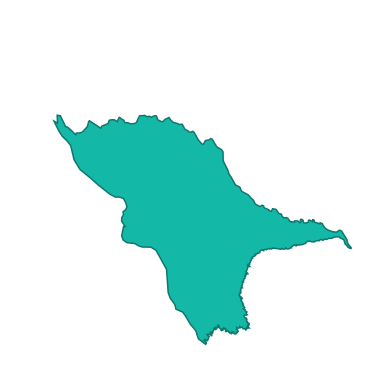 Bambouti, Haut-Mbomou, Central African Republic, rotated 320°
{"feature_id": "33826404B2470815195032", "entity_name": "Bambouti", "entity_type": "district", "adm_level": 2, "iso_a3": "CAF", "parent_name": "Central African Republic", "parent_adm1": "Haut-Mbomou", "projection": "equal_earth", "projection_center": [26.948, 5.504], "detail": "fine", "context": "isolated", "style": "filled", "palette": "teal", "viewbox_px": 384, "rotation_deg": 320, "n_neighbors": 0, "source": "geoboundaries", "source_scale": "gbopen_adm2", "svg_char_len": 6136}
<svg xmlns="http://www.w3.org/2000/svg" viewBox="0 0 384 384"><g transform="rotate(320 192 192)"><path d="M104.5,317.4L105.7,317.2L105.9,316.6L105.7,316.4L106.1,315.8L106.3,314.1L105.9,314.3L105.7,313.3L106.6,313.0L106.7,313.3L107.5,313.4L107.8,313.9L107.4,315.1L108.5,315.9L109.3,315.1L110.2,315.1L110.9,314.2L112.2,313.8L112.3,312.7L112.0,312.5L112.2,311.9L111.9,311.8L112.4,311.5L112.3,311.0L114.3,312.7L114.6,313.4L114.3,314.3L114.8,314.7L115.2,314.3L114.6,312.7L115.1,312.3L115.4,311.2L115.4,311.7L115.8,311.4L116.0,312.0L116.7,312.3L116.4,313.3L116.7,313.5L117.2,313.1L117.4,312.2L117.8,312.8L119.8,311.4L120.8,311.7L120.8,311.0L121.2,310.6L121.4,311.2L121.7,311.1L121.4,311.7L121.7,312.6L122.8,312.5L122.7,311.4L123.2,311.1L123.5,312.0L124.4,312.4L125.6,311.6L125.7,310.6L126.0,310.6L126.6,311.0L126.2,312.7L125.7,313.0L125.8,315.8L126.1,316.2L125.4,316.4L125.3,317.0L126.2,317.4L126.5,316.1L127.3,316.7L127.3,317.6L128.1,317.7L128.3,316.7L129.1,316.4L129.1,317.9L129.9,318.1L130.0,318.3L129.6,319.3L128.2,320.0L128.1,320.5L128.4,320.9L129.1,320.6L129.5,321.2L130.2,321.1L130.4,322.2L130.1,322.7L130.2,323.4L130.7,323.5L130.5,324.3L130.8,324.3L131.0,325.7L132.5,325.0L133.0,325.2L132.7,326.0L133.8,326.0L133.2,327.4L133.6,328.5L135.1,329.0L136.1,328.1L136.4,328.1L136.6,328.7L137.7,328.6L138.3,327.0L137.7,325.7L138.4,325.7L138.9,324.9L138.9,325.3L139.4,325.3L139.9,326.0L140.7,326.4L141.6,326.4L142.0,325.8L142.3,326.7L142.0,327.1L142.7,327.2L143.7,328.1L143.3,328.6L143.3,329.7L144.4,330.5L144.9,331.7L144.7,332.3L145.3,332.3L146.0,330.9L145.9,331.3L146.4,331.0L146.8,332.0L147.3,332.2L147.6,331.7L147.7,332.3L148.1,332.2L148.4,332.7L148.5,331.6L148.2,330.8L148.7,330.8L148.6,330.4L149.5,330.6L149.4,330.0L150.0,329.3L150.7,330.1L151.3,329.5L150.7,328.1L150.6,327.1L151.0,326.8L150.6,326.4L151.6,324.9L151.9,325.0L151.9,324.1L152.4,324.0L152.4,323.2L151.9,322.7L151.7,321.7L152.4,319.8L152.8,319.8L154.6,321.4L155.0,320.8L155.4,321.1L155.3,320.2L156.0,319.3L156.7,319.4L157.0,318.9L156.4,317.3L157.0,316.5L156.4,314.8L157.0,315.1L157.7,314.3L158.0,314.4L158.2,312.8L157.9,311.9L158.2,311.3L158.8,311.5L158.9,310.7L159.3,310.5L159.1,310.1L159.8,308.7L159.4,307.5L160.1,307.1L160.6,305.5L161.1,305.0L161.3,306.0L162.2,305.8L162.2,304.3L161.4,303.4L162.0,303.4L161.8,301.4L162.2,301.5L162.7,300.7L163.8,300.7L163.7,300.1L165.1,300.3L165.8,298.6L166.5,298.5L166.8,297.8L167.6,297.6L167.9,297.0L169.1,297.8L169.8,295.5L170.6,295.6L171.9,294.8L172.5,293.5L173.5,294.0L173.4,293.2L174.9,293.0L175.6,292.0L177.2,292.2L178.4,290.2L178.9,290.9L179.3,290.7L180.4,289.1L180.8,289.3L180.8,290.0L181.6,290.0L182.2,290.6L182.4,290.0L182.0,289.3L182.3,289.2L182.4,288.7L182.0,287.7L183.9,287.1L186.3,285.6L186.7,284.9L187.6,285.8L188.2,285.5L188.4,285.8L188.4,285.2L187.8,284.4L187.8,283.8L188.3,284.1L188.9,283.4L189.7,284.3L190.0,283.8L191.5,283.4L192.5,282.4L192.9,282.6L194.1,282.1L194.6,281.2L195.8,281.7L196.2,280.7L199.0,281.4L199.5,281.2L199.6,280.6L200.4,281.2L201.5,280.4L201.9,281.0L202.8,281.4L203.3,281.1L203.7,281.7L205.0,282.0L206.0,281.1L207.5,281.0L208.2,281.4L209.1,282.9L209.6,282.2L210.4,282.9L211.2,282.9L211.8,283.9L214.7,284.7L214.9,285.7L216.2,286.1L216.5,286.9L217.5,286.7L217.8,287.3L218.8,287.5L219.0,288.3L221.5,290.7L222.8,292.6L223.9,293.3L224.7,293.1L225.1,294.4L226.7,295.5L227.7,295.0L228.3,296.8L228.9,297.4L231.1,298.2L232.1,297.9L232.2,298.3L232.6,297.9L232.9,298.3L236.1,298.0L236.4,298.9L237.1,299.3L237.1,299.9L237.8,299.5L237.9,300.3L239.5,300.7L239.8,301.5L241.4,302.0L241.6,302.6L245.6,304.3L248.7,303.9L250.9,305.8L252.2,307.7L253.9,308.9L256.0,309.2L258.1,311.1L260.0,310.9L261.3,313.2L263.3,313.3L264.7,314.9L266.9,315.4L269.3,317.3L272.4,318.1L275.8,320.8L276.0,322.7L277.4,325.5L277.5,326.3L275.8,330.7L276.2,332.2L276.0,334.5L276.7,336.6L277.6,337.5L278.1,337.0L278.2,331.8L279.3,329.1L280.0,328.3L281.5,318.1L280.8,316.5L280.1,315.9L277.7,315.9L276.0,314.9L275.0,313.5L274.6,313.5L271.9,309.0L270.8,305.7L270.9,302.2L271.5,299.9L270.4,298.0L269.6,298.8L266.4,293.6L267.4,292.1L267.2,291.4L266.6,290.8L265.3,292.0L263.8,288.8L263.0,288.6L261.6,289.9L260.4,289.6L257.9,287.8L258.0,286.1L258.8,285.4L258.9,284.8L258.6,283.7L257.8,282.9L256.8,283.1L256.6,284.8L255.0,285.0L254.5,282.3L252.0,280.1L251.3,281.0L251.0,280.8L248.4,278.0L248.2,277.3L248.5,273.6L247.9,272.4L245.6,270.8L245.4,268.8L246.1,266.7L246.1,266.1L244.7,264.3L245.2,259.3L243.0,256.6L240.4,257.8L239.9,257.5L239.5,256.8L239.3,254.7L237.2,250.7L237.3,249.5L238.0,248.8L237.8,248.2L237.2,247.2L234.6,246.8L233.2,243.1L232.8,241.5L233.8,237.9L233.3,234.7L233.3,230.4L230.6,223.8L230.7,222.1L231.6,219.8L231.6,218.7L229.8,214.5L231.7,204.9L231.9,201.8L233.2,199.3L235.8,188.7L236.3,187.7L241.5,181.3L241.7,180.6L241.8,178.2L240.1,173.8L240.1,172.7L241.4,164.6L240.8,163.2L238.6,163.0L235.9,161.5L235.1,161.3L231.6,162.7L231.0,162.5L230.5,161.4L230.3,156.3L231.9,148.0L231.8,146.7L231.5,145.9L229.6,145.5L228.4,144.2L228.2,142.6L226.9,139.4L228.0,134.2L227.9,133.6L225.7,132.2L224.9,130.1L222.4,126.7L222.0,123.6L222.2,120.1L217.9,119.0L215.2,119.4L214.1,118.7L212.8,116.3L212.2,114.4L213.4,111.7L213.6,111.0L213.2,110.1L211.0,109.0L209.0,108.7L207.9,106.4L206.5,105.9L205.5,104.7L204.9,102.7L202.9,101.6L201.4,100.2L200.5,100.0L194.6,102.8L192.8,103.1L188.9,100.4L187.3,97.6L185.2,95.8L185.8,92.9L184.9,90.9L184.6,88.3L183.7,88.2L180.0,90.0L178.9,86.8L176.9,85.0L174.8,83.9L171.6,85.6L165.2,83.6L163.1,84.4L159.2,71.5L158.1,71.6L154.0,74.6L146.6,75.6L143.7,74.5L141.5,72.6L141.1,72.5L139.9,73.5L139.6,73.3L139.1,67.1L138.6,63.7L138.2,62.0L137.2,60.7L140.2,49.0L138.1,46.5L133.2,52.8L131.8,49.0L129.2,59.9L128.4,65.9L129.1,72.1L128.9,78.6L122.4,91.4L120.7,102.9L123.0,115.0L124.7,126.4L127.7,141.0L130.0,146.6L133.2,149.3L135.3,152.8L134.5,157.2L132.7,161.4L129.8,163.0L126.6,162.7L124.7,165.5L121.7,166.5L119.4,169.0L118.6,175.5L117.4,174.4L109.9,180.4L108.4,184.5L109.6,189.0L115.2,194.9L116.3,198.5L118.6,202.3L125.0,207.7L127.0,213.6L122.7,235.0L109.0,253.9L107.1,259.3L106.5,267.3L104.4,271.4L107.7,278.1L107.2,283.7L105.7,292.3L105.8,300.6L102.5,308.6L104.5,317.4Z" fill="#14b8a6" stroke="#0f766e" stroke-width="1.5"/></g></svg>